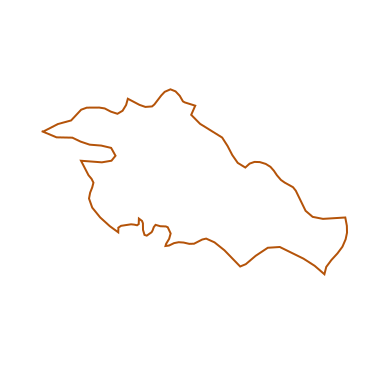 SVG path tracing the border of Capiz, rotated 220°
{"feature_id": "PHL-2528", "entity_name": "Capiz", "entity_type": "Province", "adm_level": 1, "iso_a3": "PHL", "parent_name": "Philippines", "parent_adm1": "", "projection": "orthographic", "projection_center": [122.669, 11.385], "detail": "fine", "context": "isolated", "style": "outline", "palette": "amber", "viewbox_px": 384, "rotation_deg": 220, "n_neighbors": 0, "source": "natural_earth", "source_scale": "10m", "svg_char_len": 1566}
<svg xmlns="http://www.w3.org/2000/svg" viewBox="0 0 384 384"><g transform="rotate(220 192 192)"><path d="M177.6,133.6L178.5,135.6L179.4,141.4L181.7,146.5L187.9,149.4L189.9,148.8L194.3,145.4L198.8,143.4L198.7,140.5L197.5,137.3L197.1,135.2L198.6,129.5L200.8,128.6L205.2,131.5L209.5,136.5L211.7,137.7L215.6,137.5L212.2,133.2L212.7,131.2L215.2,129.9L217.9,128.1L224.6,120.5L225.5,117.3L224.5,116.2L223.7,115.1L222.6,113.7L233.0,113.0L246.0,113.5L258.4,115.9L266.7,120.8L269.6,126.0L271.4,131.4L273.5,135.8L277.4,137.5L282.0,138.3L297.1,144.6L280.1,156.8L273.8,164.2L273.9,170.6L282.3,173.8L291.4,169.2L300.8,162.5L309.7,159.0L318.6,156.7L330.9,146.8L346.3,142.0L344.9,142.5L338.4,157.9L330.6,169.1L329.8,183.8L326.8,189.0L317.4,197.0L312.6,199.9L305.8,201.4L299.4,204.0L297.4,209.6L298.4,216.3L301.1,222.2L288.2,225.0L282.4,227.2L277.6,231.9L277.1,234.9L277.6,246.2L277.3,251.2L274.5,256.8L269.3,258.5L263.2,257.8L257.2,255.6L255.1,256.0L245.0,260.2L242.2,250.6L229.6,249.4L203.9,253.1L194.3,250.1L184.9,246.2L175.7,243.7L166.9,245.0L166.1,250.8L163.5,255.2L159.3,258.5L153.6,260.9L148.0,261.7L142.9,260.9L137.7,259.4L131.6,258.4L127.0,258.8L117.7,260.6L113.3,259.7L92.9,250.6L83.6,250.5L74.4,255.6L58.2,271.0L51.6,265.6L47.1,260.5L43.9,254.5L41.6,246.8L41.1,238.5L41.5,229.5L41.0,220.9L37.7,214.1L50.6,214.3L63.8,212.6L89.4,206.3L98.1,198.0L102.2,184.1L104.4,171.3L107.2,165.9L129.7,168.2L142.4,167.9L151.2,165.4L153.6,162.2L157.2,153.7L160.8,150.5L165.9,147.9L169.9,145.0L172.9,141.3L175.2,136.2L177.6,133.6Z" fill="none" stroke="#b45309" stroke-width="2"/></g></svg>